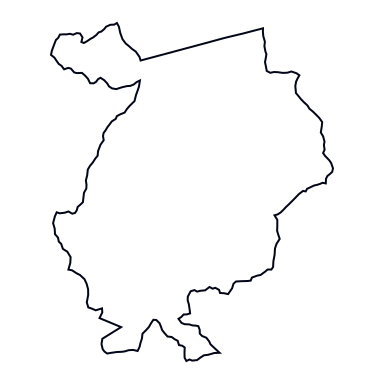 Trindade, Goiás, Brazil (Natural Earth projection)
{"feature_id": "56859067B82243960119331", "entity_name": "Trindade", "entity_type": "district", "adm_level": 2, "iso_a3": "BRA", "parent_name": "Brazil", "parent_adm1": "Goiás", "projection": "natural_earth1", "projection_center": [-49.558, -16.651], "detail": "fine", "context": "isolated", "style": "outline", "palette": "ink", "viewbox_px": 384, "rotation_deg": 0, "n_neighbors": 0, "source": "geoboundaries", "source_scale": "gbopen_adm2", "svg_char_len": 3560}
<svg xmlns="http://www.w3.org/2000/svg" viewBox="0 0 384 384"><path d="M273.4,261.1L274.6,254.8L275.0,248.3L276.6,243.7L279.7,238.9L278.2,234.5L277.1,230.8L277.3,226.6L277.3,219.8L274.5,215.3L277.7,214.4L280.6,212.5L283.3,209.9L286.0,207.0L289.0,204.2L292.9,200.3L299.1,193.9L303.1,190.9L305.7,191.4L307.1,188.8L310.1,187.4L314.1,185.5L317.2,184.8L319.8,184.0L322.5,182.8L325.8,183.4L326.0,178.7L327.5,175.9L329.8,174.1L332.2,171.9L333.0,168.3L331.2,163.2L329.4,160.4L327.0,157.9L324.9,155.7L323.1,153.0L324.6,149.7L323.9,145.2L324.5,141.6L323.1,136.3L320.8,132.5L321.8,126.2L322.2,122.1L319.4,118.1L315.9,114.5L312.8,111.5L309.4,108.7L307.4,105.4L304.1,102.4L300.9,99.1L298.1,95.6L295.9,93.0L295.7,89.9L295.3,86.1L296.1,81.6L297.8,78.0L299.4,75.3L296.4,73.2L291.3,71.5L287.5,72.7L282.8,72.9L277.9,72.2L274.1,72.0L270.2,72.8L266.7,70.9L266.1,67.4L265.0,62.1L265.8,57.9L266.4,54.2L265.4,51.4L264.4,46.1L264.9,41.8L263.3,36.2L262.9,31.8L263.0,28.3L243.1,33.5L225.1,37.8L218.8,39.5L204.9,43.3L154.9,56.7L140.6,60.5L139.5,56.9L135.7,51.5L132.1,49.0L128.8,46.0L125.7,43.5L122.5,39.2L120.3,33.1L118.9,26.7L116.9,23.0L114.3,24.6L110.3,24.8L106.1,26.7L104.2,29.1L101.4,31.5L98.6,32.4L96.4,34.9L93.2,37.4L90.4,38.9L87.4,41.0L83.9,43.0L81.4,42.0L82.5,37.3L80.0,33.5L76.8,33.1L73.1,34.7L69.9,33.8L66.3,34.4L63.7,34.3L59.9,34.6L58.2,37.9L55.9,40.0L53.9,45.2L51.9,50.6L51.0,54.9L54.4,57.6L56.8,61.2L58.8,64.0L61.6,65.9L64.1,69.3L68.2,67.9L70.9,68.6L74.2,72.4L76.8,73.1L82.0,72.9L85.5,76.0L88.0,78.9L90.1,83.2L93.7,83.3L96.1,81.8L98.1,79.1L100.5,77.8L104.2,80.2L107.2,83.4L109.0,86.4L112.1,88.4L116.3,89.1L121.5,87.4L126.9,86.1L130.2,85.9L133.7,84.5L136.6,82.1L139.9,80.5L139.0,86.5L137.5,90.9L136.0,95.1L134.5,101.1L129.6,105.9L127.0,108.9L124.6,112.6L120.5,114.2L116.9,116.1L115.7,118.9L111.8,121.4L109.2,124.9L107.4,127.2L105.7,130.1L103.6,133.0L103.0,136.1L103.7,140.2L100.5,144.7L98.1,151.0L97.6,155.8L95.2,158.7L92.8,162.5L90.1,165.7L87.8,169.5L87.2,175.2L85.9,180.4L86.5,184.8L86.3,188.6L84.0,192.7L83.5,197.0L82.9,202.2L80.3,204.7L77.7,206.9L76.8,210.2L75.1,212.9L72.3,213.7L68.4,211.5L64.7,212.7L59.6,213.3L56.7,212.3L54.9,216.3L53.1,223.1L54.7,228.7L55.0,234.2L58.0,237.6L58.8,241.6L61.2,243.9L62.9,248.9L67.3,251.7L70.6,257.1L70.3,262.9L68.4,269.6L72.0,270.3L76.8,273.4L80.0,275.0L84.5,279.2L86.6,283.7L88.1,289.2L88.2,294.9L86.8,302.4L88.3,307.4L92.0,308.7L95.7,310.3L102.0,308.4L102.3,312.4L99.5,318.1L121.1,327.1L102.3,338.8L101.5,344.1L102.7,349.2L104.4,351.5L107.1,353.5L111.4,352.8L116.9,352.0L121.9,351.8L124.7,351.4L128.7,350.2L133.1,349.9L137.6,351.0L139.5,347.1L140.5,342.9L141.9,338.6L142.5,333.7L145.8,330.4L148.7,327.3L151.3,322.8L153.4,319.8L156.3,320.0L159.6,323.3L161.1,327.1L162.1,330.0L164.6,333.2L167.5,336.5L171.7,337.0L174.6,339.2L177.7,340.8L179.0,345.1L182.2,345.7L184.7,347.5L184.5,352.7L184.6,357.7L186.4,361.0L189.5,359.5L192.2,360.6L197.0,360.1L200.7,357.4L203.9,355.3L208.1,354.8L214.3,353.0L219.6,352.8L212.9,346.6L210.4,344.2L209.2,341.4L206.3,337.7L202.1,336.0L199.8,333.6L199.7,329.8L198.3,326.1L195.5,325.6L192.3,325.4L189.3,324.4L184.6,324.2L181.5,322.9L178.5,318.8L181.3,317.0L183.6,314.5L186.9,314.4L190.1,313.4L189.6,309.4L188.8,304.1L187.7,300.5L187.8,296.6L190.7,291.2L194.5,290.1L197.1,291.6L200.2,290.8L205.2,290.3L209.5,287.0L212.7,288.7L215.2,287.8L219.0,289.8L220.1,293.0L223.9,293.2L228.1,294.1L232.1,288.3L233.5,283.7L236.0,281.5L240.9,281.2L247.7,281.0L250.7,280.6L251.9,277.6L257.3,275.6L260.5,275.0L265.2,271.6L267.6,269.5L271.4,269.5L273.1,267.0L273.4,261.1Z" fill="none" stroke="#020617" stroke-width="2"/></svg>